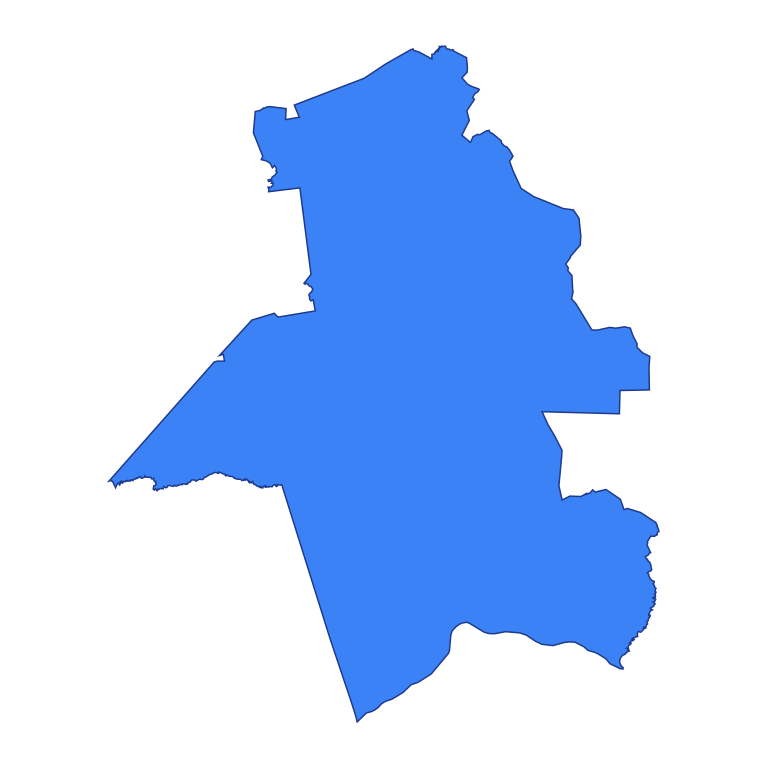 Sējas pag., Sejas, Latvia (Mercator projection)
{"feature_id": "27541924B77555962795430", "entity_name": "Sējas pag.", "entity_type": "district", "adm_level": 2, "iso_a3": "LVA", "parent_name": "Latvia", "parent_adm1": "Sejas", "projection": "mercator", "projection_center": [24.49, 57.215], "detail": "fine", "context": "isolated", "style": "filled", "palette": "blue", "viewbox_px": 768, "rotation_deg": 0, "n_neighbors": 0, "source": "geoboundaries", "source_scale": "gbopen_adm2", "svg_char_len": 6088}
<svg xmlns="http://www.w3.org/2000/svg" viewBox="0 0 768 768"><path d="M625.2,654.2L625.6,652.9L626.6,652.8L627.1,651.7L629.3,651.0L628.7,650.2L628.3,650.6L627.6,650.0L627.7,649.1L628.6,649.1L628.5,648.4L627.1,648.1L628.0,647.8L628.5,645.8L631.1,643.5L630.7,642.9L629.7,642.8L630.9,641.7L631.8,639.4L632.5,639.2L632.4,640.3L632.9,640.8L634.2,639.3L633.0,638.1L637.7,636.4L637.3,635.1L637.7,632.2L638.4,631.5L640.7,632.2L643.2,629.9L643.6,628.9L645.2,628.2L643.5,627.7L643.6,627.2L645.9,626.8L646.5,624.9L647.6,623.9L646.6,621.7L648.1,620.9L648.3,619.2L650.2,616.1L650.0,615.2L649.2,615.9L648.7,615.5L648.8,614.0L650.6,610.8L652.4,609.9L650.5,608.9L650.4,608.2L653.4,606.4L655.1,603.8L653.1,602.1L654.5,601.9L655.7,599.3L654.7,598.2L653.5,598.5L652.8,598.0L653.6,597.1L655.4,597.1L655.4,594.9L654.5,594.1L655.4,593.6L656.0,592.1L655.2,591.8L655.2,590.3L656.0,588.3L654.9,587.4L654.0,584.9L653.2,584.2L653.2,583.4L653.8,583.2L654.3,581.4L652.0,580.5L650.3,578.9L648.7,575.6L648.9,574.7L647.4,572.6L651.1,570.6L651.7,569.3L651.1,567.4L650.8,564.8L649.5,561.9L648.1,561.3L648.1,560.5L647.4,560.1L647.5,559.4L646.3,558.6L645.3,556.8L648.1,555.1L649.4,553.2L650.6,552.7L646.9,544.7L647.7,542.9L647.4,541.6L650.7,536.2L654.4,536.3L657.3,534.7L656.9,533.5L657.3,532.6L659.0,531.4L658.3,528.8L657.0,526.1L657.3,525.9L655.9,522.6L640.6,512.5L627.2,508.4L624.1,509.8L620.4,499.3L606.0,489.5L595.1,492.1L592.7,489.8L589.9,493.1L585.6,494.4L585.9,493.8L580.8,496.5L569.9,496.1L562.1,500.0L558.9,485.7L561.7,456.4L562.0,450.3L554.3,435.3L548.1,424.9L542.1,411.7L619.4,413.8L620.0,390.5L649.4,389.9L649.0,367.4L649.8,356.4L642.7,352.9L637.0,347.3L637.1,343.9L632.7,335.1L630.3,328.1L624.5,326.8L615.8,328.2L609.7,327.4L597.5,330.1L591.9,330.0L575.7,303.4L571.6,299.0L573.1,291.3L572.7,290.5L571.9,275.5L567.8,270.7L568.3,267.9L565.7,264.0L570.4,257.6L570.4,256.5L580.3,245.0L580.8,236.0L579.0,218.3L573.4,209.9L563.1,208.5L533.6,196.6L521.1,188.4L512.9,170.5L509.6,161.2L513.0,156.3L511.2,153.0L509.0,149.3L507.7,148.3L507.1,147.0L504.4,146.0L501.6,143.1L501.2,140.8L492.9,133.8L489.8,132.2L489.1,130.4L486.4,130.9L479.7,134.8L477.7,134.3L473.0,136.7L470.9,141.6L470.2,142.3L461.9,135.2L469.3,120.4L466.8,110.9L474.4,99.4L472.7,97.4L474.8,93.7L477.8,91.7L479.3,89.6L478.6,88.9L472.1,86.6L467.6,84.3L461.9,77.8L467.2,72.1L467.4,67.2L466.5,57.7L453.9,51.2L453.1,49.7L450.7,50.1L449.2,49.2L446.5,48.9L445.5,46.2L442.7,46.5L442.1,46.1L441.5,46.9L440.8,47.0L441.0,46.5L439.3,46.5L439.6,47.3L438.7,48.4L439.5,48.3L439.4,49.3L437.2,50.1L438.3,50.9L438.2,51.4L435.9,51.3L435.9,51.8L434.8,52.4L435.1,53.1L434.2,54.0L431.9,54.3L431.9,59.0L419.2,52.1L413.5,50.3L413.1,49.0L411.1,49.5L385.8,63.9L364.3,78.2L294.3,105.1L299.3,117.2L285.6,119.6L286.1,108.6L269.9,106.6L266.7,107.0L263.8,108.4L263.4,108.0L261.9,109.4L259.0,110.8L255.3,111.4L253.4,132.7L262.8,156.4L261.3,159.6L266.6,161.0L270.1,163.3L270.6,163.9L272.4,167.8L274.5,165.6L276.1,167.7L276.5,169.4L275.9,171.2L277.1,172.2L274.9,175.0L272.1,177.1L271.9,178.1L271.3,179.1L268.2,179.9L268.2,180.8L268.8,181.5L271.8,180.8L272.0,182.2L271.4,183.2L272.9,183.1L273.3,183.6L272.9,185.1L270.7,187.3L268.0,187.3L268.9,189.3L268.6,191.7L299.9,187.9L311.0,274.4L304.0,283.3L305.1,284.2L306.2,283.3L307.2,283.8L309.8,286.4L311.0,286.5L312.8,289.1L311.4,292.1L310.4,292.6L309.1,294.4L308.9,295.6L309.8,296.9L309.4,298.4L310.7,300.9L313.2,299.9L315.3,310.9L278.0,317.1L274.3,313.3L251.8,320.1L219.5,355.5L223.3,354.3L224.5,361.2L217.5,361.1L214.2,362.0L109.0,481.1L110.8,480.6L112.6,481.5L115.6,487.7L116.2,485.9L118.3,482.8L119.2,483.4L119.3,484.6L119.7,485.0L120.6,483.0L120.2,481.8L120.4,481.4L122.0,481.2L122.2,481.8L121.5,482.9L122.5,483.1L122.9,482.1L123.7,481.6L125.1,481.8L125.3,480.9L126.2,481.2L127.3,480.4L127.8,481.2L130.4,480.9L130.2,480.3L131.1,479.8L131.7,480.3L132.9,479.9L133.1,480.3L133.6,479.4L136.0,478.9L136.3,477.9L137.9,478.2L138.4,477.3L139.9,476.9L140.6,476.8L140.5,477.6L141.6,478.2L142.8,478.0L144.1,477.4L145.0,475.8L145.8,477.2L150.8,477.3L151.2,477.6L151.3,478.5L152.0,479.0L153.7,478.4L153.6,479.9L154.8,481.6L155.7,481.4L155.6,482.8L156.3,484.2L155.2,485.4L153.8,485.8L153.2,489.2L154.3,490.0L154.9,489.0L155.5,489.0L157.1,490.8L157.6,490.3L157.3,489.5L157.4,489.2L159.1,489.3L159.4,488.7L161.0,488.5L163.1,488.9L163.8,486.5L166.0,487.8L167.2,487.1L167.8,485.9L169.3,485.5L173.4,486.4L174.5,485.2L176.0,486.2L180.9,484.4L182.1,484.8L183.4,483.7L186.3,484.4L186.6,483.8L187.8,483.9L188.1,482.6L190.1,482.1L191.8,479.9L195.2,480.1L195.8,481.2L199.4,479.2L202.1,479.6L203.5,478.9L204.3,477.4L205.7,477.1L210.0,474.4L212.8,473.7L213.5,472.8L215.4,472.4L218.5,473.4L219.0,473.0L218.8,472.1L221.2,472.7L222.6,473.8L225.1,474.2L225.4,474.6L225.2,475.4L225.8,475.9L227.6,475.1L228.9,476.2L232.3,476.5L233.7,477.4L234.3,478.3L235.3,478.1L236.1,479.0L240.8,479.4L242.0,480.6L244.0,480.2L244.4,479.2L245.3,480.1L245.7,479.2L247.1,479.3L247.3,480.4L248.2,480.3L248.9,481.0L248.6,481.7L248.8,482.1L249.5,482.0L249.8,482.8L250.9,482.0L251.2,482.7L251.8,482.8L252.9,481.7L253.0,483.0L254.1,484.5L255.6,484.5L256.1,485.4L258.0,486.6L259.7,486.3L259.6,487.1L260.0,487.6L261.4,486.8L261.8,487.9L262.8,487.9L263.2,486.8L264.0,486.1L264.5,486.6L265.0,486.1L265.2,486.9L265.7,487.3L266.3,487.1L266.5,486.3L268.5,487.2L269.4,486.5L272.1,486.8L272.7,485.8L274.3,484.9L275.9,484.8L276.1,485.2L275.9,486.1L276.5,486.5L277.6,485.7L277.6,484.9L278.1,484.6L280.2,485.1L281.8,484.8L330.1,638.8L351.5,702.6L356.0,716.9L357.2,721.9L366.6,712.8L371.2,711.7L374.7,710.0L378.2,707.5L381.1,704.2L383.6,702.4L386.6,700.9L391.7,699.3L402.7,692.7L411.3,684.6L417.9,682.4L431.3,673.9L448.6,653.2L449.5,650.1L450.8,634.9L452.2,630.8L455.9,626.8L459.3,624.3L462.7,622.9L466.8,622.3L469.3,623.2L484.2,632.2L489.2,633.6L494.5,633.7L505.7,631.7L519.8,632.9L526.3,635.1L535.6,641.3L541.9,644.3L553.0,645.6L564.2,642.5L569.4,641.9L575.0,642.2L584.0,646.8L588.0,650.4L595.0,652.4L598.1,653.9L606.1,658.9L609.9,663.7L620.2,668.7L623.1,668.9L623.1,667.7L621.2,665.9L619.8,662.9L619.7,660.2L620.5,657.9L622.5,655.3L625.2,654.2Z" fill="#3b82f6" stroke="#1e3a8a" stroke-width="1.5"/></svg>